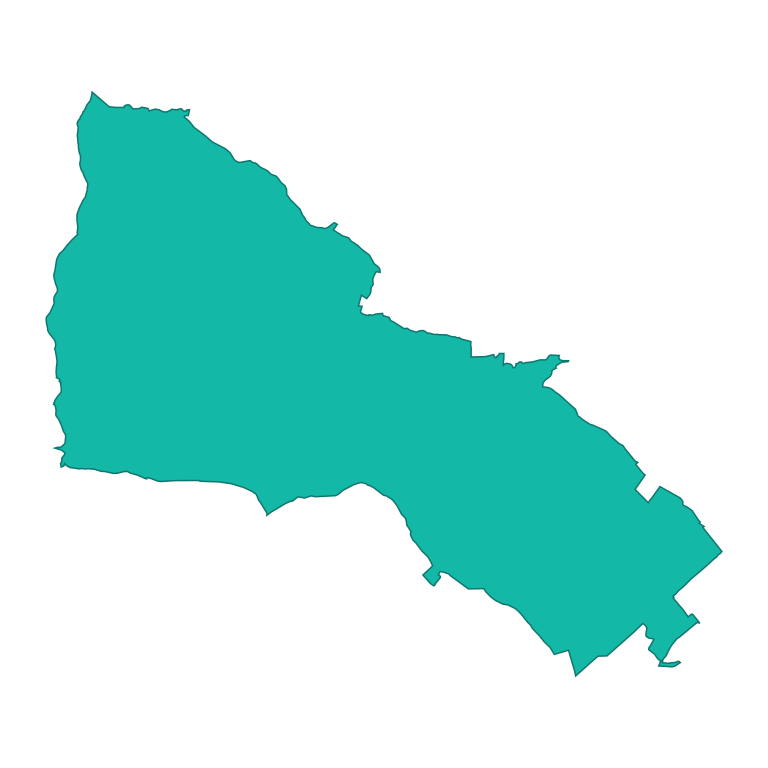 outline of Basesti, Maramures, Romania
{"feature_id": "2599482B19059750239564", "entity_name": "Basesti", "entity_type": "district", "adm_level": 2, "iso_a3": "ROU", "parent_name": "Romania", "parent_adm1": "Maramures", "projection": "orthographic", "projection_center": [23.105, 47.497], "detail": "fine", "context": "isolated", "style": "filled", "palette": "teal", "viewbox_px": 768, "rotation_deg": 0, "n_neighbors": 0, "source": "geoboundaries", "source_scale": "gbopen_adm2", "svg_char_len": 6009}
<svg xmlns="http://www.w3.org/2000/svg" viewBox="0 0 768 768"><path d="M607.0,655.9L633.9,632.1L642.8,623.5L645.4,625.5L646.9,628.0L645.9,634.1L646.0,636.0L647.4,636.8L647.2,637.2L649.4,638.3L652.5,638.6L653.8,639.4L650.6,645.3L648.9,647.9L648.7,649.7L654.5,654.1L657.4,658.3L660.8,661.5L660.3,662.0L658.7,666.0L672.4,666.8L675.1,666.0L680.3,662.6L678.7,661.2L674.7,662.5L669.7,662.9L669.3,663.4L662.4,662.7L662.2,662.4L662.8,660.8L662.0,660.5L666.2,655.7L669.1,649.5L671.5,645.4L677.0,638.6L679.2,637.3L696.3,623.1L697.3,622.5L699.4,623.0L699.5,622.7L692.5,614.1L691.5,614.2L688.1,616.8L683.3,610.0L673.3,598.2L673.9,597.7L673.0,596.1L675.3,594.5L678.1,591.2L684.1,586.0L690.5,579.5L706.1,566.2L714.7,558.3L716.2,557.4L718.3,554.7L720.0,553.7L721.9,551.5L702.8,527.4L704.1,526.5L699.2,523.4L700.2,522.0L698.6,520.4L692.1,510.6L688.0,507.6L683.4,505.3L682.8,503.8L682.8,501.6L681.5,499.4L679.9,497.8L660.0,486.6L651.5,498.4L650.2,499.8L648.3,502.8L635.1,489.4L645.1,475.0L642.8,473.1L635.7,464.3L637.8,462.4L635.5,461.3L634.4,460.2L625.2,449.0L623.2,445.8L618.6,443.2L610.6,436.1L607.1,432.1L605.1,430.6L592.5,425.0L590.1,424.4L582.8,419.7L579.4,416.8L578.5,416.6L577.7,415.4L576.7,412.2L575.5,410.0L575.6,409.4L559.1,394.6L555.6,392.3L552.6,389.7L550.1,388.2L546.8,387.3L542.7,386.9L542.9,383.5L544.7,380.5L550.0,376.6L551.6,374.0L552.0,370.6L553.2,369.6L556.2,368.1L555.9,367.9L555.8,366.9L556.6,365.4L560.6,362.8L562.7,362.1L567.7,361.7L568.5,361.3L568.6,360.7L563.0,360.7L560.1,359.9L559.0,358.5L558.8,357.1L559.3,355.5L550.6,355.0L548.9,355.9L546.7,359.3L545.2,359.9L539.9,359.9L532.7,361.9L525.4,362.7L523.4,363.4L522.7,363.3L521.5,362.1L519.8,361.8L518.0,363.3L516.0,363.8L516.1,365.1L514.9,367.3L513.5,367.9L511.7,365.0L510.3,364.0L506.5,363.3L504.6,364.0L503.6,365.3L503.2,364.5L503.2,363.4L503.8,359.2L503.9,353.5L499.3,353.5L498.5,355.5L497.3,355.9L496.4,357.6L495.7,357.8L494.3,356.3L493.7,354.6L485.7,356.6L471.1,357.0L471.2,347.7L470.7,345.5L470.9,341.6L463.3,339.6L460.7,338.7L459.4,337.6L457.0,337.8L455.1,336.9L451.5,336.6L446.6,334.9L438.4,334.7L436.8,334.2L434.8,334.6L429.2,333.1L427.6,333.3L425.0,331.3L422.8,330.5L420.2,330.7L416.1,332.2L409.7,330.1L407.2,328.3L404.0,328.6L393.1,321.7L390.7,320.7L389.2,317.4L382.8,315.6L382.6,313.4L375.4,314.1L373.0,315.2L369.1,314.7L368.8,315.7L363.1,314.2L360.4,312.2L362.0,306.3L358.4,306.0L361.4,295.2L366.7,298.6L369.9,294.4L370.8,291.9L371.2,287.3L373.1,284.8L372.8,279.1L374.2,275.2L376.3,271.6L380.1,272.4L379.9,269.3L378.1,266.8L374.1,263.6L369.4,255.1L361.0,248.7L357.6,245.3L351.1,241.1L348.6,237.8L342.5,235.8L333.3,230.0L337.3,224.4L336.0,223.6L334.2,222.7L327.6,227.6L324.9,228.6L321.9,227.7L317.1,227.5L310.0,225.1L309.4,223.9L306.0,220.5L304.6,217.7L302.6,215.2L299.9,209.1L290.4,199.6L286.7,194.4L286.6,189.5L285.1,185.9L281.0,182.4L277.7,177.7L275.7,175.9L271.3,174.4L267.4,170.7L260.2,167.1L256.8,163.9L255.3,163.0L252.4,162.4L250.6,160.9L249.8,160.6L240.2,162.4L238.2,162.2L236.2,161.2L234.0,159.3L230.2,152.8L225.1,148.6L212.2,141.9L205.4,135.9L194.2,127.5L189.5,121.5L184.2,117.0L184.8,115.8L188.3,115.5L189.5,109.7L186.4,110.1L185.8,111.3L183.4,111.0L181.3,108.7L178.4,109.2L177.4,109.8L171.3,109.3L170.5,110.4L166.3,112.0L163.1,111.8L159.1,109.8L155.2,109.1L149.2,110.9L147.9,108.4L141.9,107.2L139.0,108.6L133.2,108.9L129.2,104.9L126.6,104.9L124.3,106.0L124.2,107.4L115.4,107.4L109.1,106.7L92.1,92.1L91.7,95.6L90.2,100.7L87.0,104.8L84.4,110.4L82.8,112.1L82.8,113.4L80.4,116.8L79.9,118.7L79.1,119.5L77.5,121.9L77.1,124.0L78.2,127.4L77.3,135.7L77.8,139.5L78.0,143.3L78.4,145.1L78.5,148.8L79.0,150.3L79.0,152.0L80.4,155.5L80.5,159.9L79.9,162.9L79.9,165.1L81.2,169.7L82.8,172.4L84.5,176.9L87.8,183.7L87.7,185.6L87.2,187.7L87.4,189.2L85.4,197.0L83.4,199.7L79.3,207.9L77.0,214.4L77.0,220.9L77.8,226.7L77.2,233.2L77.6,234.5L72.0,239.8L67.3,245.0L63.3,250.2L59.4,253.8L56.7,259.3L54.9,270.6L53.8,274.9L54.2,278.3L55.5,283.5L57.2,287.8L57.5,290.8L57.1,292.0L54.8,295.5L54.1,297.1L53.9,299.5L54.1,303.7L50.0,312.6L46.6,316.9L46.1,319.1L46.6,323.9L47.5,327.5L47.8,330.6L49.5,333.8L54.1,339.3L55.5,342.8L55.7,345.7L54.7,348.9L55.3,350.4L56.2,355.3L57.1,361.6L56.3,368.1L56.3,369.9L56.5,370.4L56.1,371.0L56.3,375.0L56.8,376.3L56.3,377.6L59.8,379.3L59.9,380.9L59.2,381.1L61.0,383.2L60.5,383.8L61.2,387.5L61.3,391.2L60.3,393.3L57.9,396.0L55.0,400.2L54.5,402.0L53.9,402.8L54.2,403.5L53.5,404.3L54.6,404.9L55.5,406.7L56.1,410.7L55.8,414.2L56.1,415.8L58.9,419.8L61.7,426.0L63.2,431.0L65.3,434.3L65.7,436.2L65.1,442.7L64.4,444.1L61.0,447.1L56.9,447.4L54.9,448.1L61.4,450.1L64.6,452.6L64.9,454.0L61.8,458.2L61.9,460.8L60.5,463.8L61.2,467.1L63.9,465.9L64.5,463.6L66.3,465.5L70.0,467.5L79.2,468.9L82.1,468.5L84.5,469.0L87.9,468.7L94.3,469.2L101.1,471.3L105.3,471.6L113.4,473.4L117.0,473.3L125.3,471.3L125.8,471.7L127.3,471.3L129.6,472.8L138.0,475.3L145.6,478.7L146.6,478.9L147.0,477.7L150.2,478.2L157.7,481.1L161.3,481.5L174.8,480.6L198.8,480.5L199.4,481.0L201.6,481.3L219.0,481.9L231.4,483.7L243.7,487.5L251.5,491.1L255.7,493.8L257.0,495.9L258.5,500.0L260.4,502.4L266.9,513.1L266.9,515.3L271.4,511.9L285.7,503.4L290.8,501.2L292.2,500.8L292.3,501.2L298.0,496.8L304.5,498.0L311.1,495.9L315.6,496.7L335.2,495.7L338.0,494.5L343.2,490.2L353.5,484.8L357.8,483.3L361.4,482.5L366.4,483.8L367.6,485.1L369.5,485.6L373.3,487.4L383.5,495.2L386.4,495.9L391.4,499.0L393.3,500.8L397.2,505.9L401.4,514.0L405.6,518.5L406.5,522.1L406.7,524.9L410.9,531.3L410.5,533.9L410.7,535.5L412.8,539.9L415.9,542.9L422.0,551.1L428.1,557.1L431.2,562.5L432.6,566.0L422.9,575.0L430.5,583.6L433.6,585.7L434.4,585.6L436.0,582.9L439.4,578.8L440.1,577.3L440.3,577.4L440.5,576.6L440.1,576.0L438.4,574.8L440.1,571.5L444.1,572.4L448.5,573.8L450.4,575.7L468.4,588.9L483.8,588.6L485.8,591.8L490.8,596.9L495.4,600.4L502.8,604.1L507.9,604.9L515.0,608.4L517.8,610.7L521.3,614.3L527.4,622.0L531.3,625.9L531.4,627.0L533.5,629.7L539.3,635.6L544.0,641.6L549.8,647.1L554.4,654.4L568.5,650.2L574.6,671.0L575.7,675.9L597.9,656.2L607.0,655.9Z" fill="#14b8a6" stroke="#0f766e" stroke-width="1.5"/></svg>